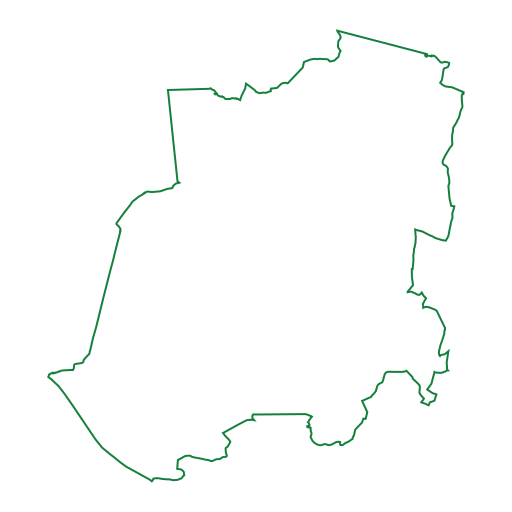 Manatí, Atlántico, Colombia
{"feature_id": "7082276B98170860675351", "entity_name": "Manatí", "entity_type": "district", "adm_level": 2, "iso_a3": "COL", "parent_name": "Colombia", "parent_adm1": "Atlántico", "projection": "mercator", "projection_center": [-74.975, 10.456], "detail": "fine", "context": "isolated", "style": "outline", "palette": "green", "viewbox_px": 512, "rotation_deg": 0, "n_neighbors": 0, "source": "geoboundaries", "source_scale": "gbopen_adm2", "svg_char_len": 5953}
<svg xmlns="http://www.w3.org/2000/svg" viewBox="0 0 512 512"><path d="M447.3,369.6L447.1,369.6L446.7,362.1L448.4,351.2L445.2,353.9L444.0,354.5L442.8,354.6L440.6,355.2L440.0,356.0L439.4,355.2L439.0,354.1L438.9,352.5L439.3,349.5L439.8,348.1L440.3,345.6L442.2,340.3L444.2,333.9L444.4,332.4L444.3,330.9L444.9,330.2L445.0,327.9L436.7,310.8L434.5,309.4L429.3,307.4L426.1,306.8L424.6,307.2L423.2,307.8L423.2,305.9L422.8,304.1L426.0,298.3L423.4,295.5L421.8,292.5L420.2,294.3L419.2,294.8L418.6,294.9L417.2,294.5L414.8,293.1L412.9,292.5L412.3,292.0L411.6,291.7L409.4,291.8L407.7,292.2L407.8,291.5L413.0,285.2L411.9,276.8L411.8,269.2L412.5,269.3L412.8,267.6L413.5,259.7L413.3,255.4L413.9,251.8L414.1,248.5L414.6,247.5L414.9,245.2L415.3,244.0L415.5,242.9L415.8,236.4L415.5,234.7L415.2,229.5L415.9,229.9L422.2,231.4L427.2,234.0L430.2,235.5L431.7,236.0L435.8,238.2L442.1,240.1L445.8,240.7L447.4,237.9L448.5,235.6L450.3,225.7L450.7,224.6L450.6,224.1L451.3,221.2L452.4,218.3L452.5,217.4L452.3,213.4L453.2,210.8L454.3,206.3L451.2,205.8L449.5,198.3L448.4,186.0L448.5,185.4L449.3,183.1L449.3,182.0L449.1,178.6L448.6,175.9L447.9,173.4L447.7,171.8L447.9,168.5L447.1,167.1L446.1,165.9L445.3,165.4L443.8,164.8L443.4,164.4L442.6,162.9L442.6,162.2L442.8,160.6L445.2,155.6L449.3,148.8L450.5,147.0L451.9,145.5L452.3,144.3L452.3,143.3L452.1,140.8L452.1,135.5L453.0,130.4L453.2,127.6L455.5,124.1L456.9,121.7L457.4,120.3L458.6,118.4L459.7,115.0L460.3,111.9L461.2,109.4L462.2,107.7L462.4,106.1L461.9,100.8L461.7,95.8L462.3,94.0L462.0,93.6L462.6,93.9L462.7,93.4L463.4,93.8L463.7,92.2L451.8,87.2L446.3,86.6L444.7,86.1L442.2,84.6L440.2,82.8L441.8,80.2L442.1,79.3L443.7,69.0L444.3,68.4L446.5,67.6L447.9,66.9L448.7,65.4L449.2,63.1L448.5,62.6L445.9,61.9L445.0,61.8L442.2,62.6L441.2,62.5L440.0,61.7L435.8,57.0L434.4,55.9L432.5,55.6L432.5,55.8L431.7,55.6L431.5,56.4L430.0,55.9L426.8,55.7L426.6,56.6L425.9,56.5L425.9,56.0L425.4,55.9L425.3,55.5L425.8,55.5L425.9,54.8L426.9,54.9L427.0,54.1L337.3,30.7L337.6,31.7L339.8,34.7L340.5,36.5L340.6,37.3L340.4,38.2L340.1,38.9L338.5,40.9L338.3,41.6L338.0,45.9L338.0,46.8L338.4,47.8L340.0,50.2L340.6,50.8L339.6,52.7L338.4,56.9L334.6,60.3L333.7,60.7L331.0,61.3L329.6,61.4L328.6,60.0L327.7,59.4L326.6,59.1L323.4,59.1L320.0,58.8L316.9,59.2L316.1,58.9L314.2,58.9L310.9,59.4L304.0,62.0L302.7,67.6L287.7,83.3L286.0,82.9L284.2,82.9L282.8,83.2L281.4,83.7L277.8,87.2L276.7,88.0L270.9,88.6L270.7,90.3L270.9,91.0L266.0,92.8L263.2,92.6L259.4,93.2L255.9,91.8L255.6,91.1L254.7,90.1L249.5,86.1L246.0,83.7L245.2,88.4L241.7,95.5L240.1,100.1L237.4,98.7L236.7,99.0L235.8,98.2L234.7,98.5L233.7,98.3L232.0,98.2L229.7,99.0L228.8,98.9L227.4,99.1L225.6,99.0L225.0,98.6L223.5,97.1L222.5,96.6L222.5,96.9L220.2,96.5L218.3,95.7L217.4,94.9L216.9,94.0L217.0,93.7L216.4,93.2L215.2,94.3L214.7,93.8L216.1,92.8L214.2,90.4L212.1,89.6L211.7,89.1L210.7,88.3L210.3,88.6L209.2,88.8L167.9,90.0L168.1,91.6L177.5,181.3L179.3,182.7L175.9,183.6L173.4,185.6L173.0,186.3L172.6,187.7L172.0,188.2L167.6,188.8L160.2,191.3L153.8,191.9L151.4,192.0L148.1,191.6L146.6,191.8L143.8,193.7L143.8,193.3L141.9,194.9L138.8,196.6L132.5,201.6L130.1,205.1L123.6,213.4L117.0,222.5L116.6,223.1L116.4,223.7L116.5,224.2L118.7,226.3L120.4,228.8L120.4,230.0L120.1,231.1L120.4,231.2L115.3,251.1L112.8,261.4L110.6,269.4L103.6,296.8L96.4,326.2L93.0,338.1L90.4,349.6L89.6,352.0L89.6,353.1L89.3,353.8L89.0,354.3L86.9,356.3L84.1,359.4L83.6,360.5L83.4,361.7L82.5,362.7L81.4,363.1L75.8,363.9L74.6,364.3L74.0,365.3L73.9,368.0L73.0,370.0L70.4,370.0L62.1,370.5L59.4,371.3L59.1,371.4L59.2,371.6L54.8,373.0L54.8,372.8L53.0,373.4L52.8,372.7L50.7,373.5L49.9,374.3L49.3,374.3L48.3,377.0L51.8,379.6L51.7,379.7L58.5,386.0L65.1,394.6L73.8,407.2L95.5,439.4L102.2,447.7L109.7,453.9L114.9,457.9L120.0,462.1L126.1,466.6L149.7,479.6L151.8,481.3L153.1,479.6L153.4,478.6L155.5,478.3L158.2,478.2L162.7,479.0L168.0,479.4L169.7,479.3L171.5,479.9L173.8,480.2L177.2,479.9L178.0,479.7L179.9,478.8L181.0,478.6L181.9,477.8L183.4,475.8L184.2,475.4L183.9,472.6L183.8,472.1L183.2,471.2L182.5,470.5L181.0,469.4L177.2,468.9L177.9,460.0L180.5,458.7L183.5,456.9L185.3,456.0L188.6,455.6L190.4,455.8L191.7,456.7L194.1,457.4L201.9,458.8L205.6,459.7L208.0,460.0L210.1,460.7L211.5,461.1L213.3,460.7L215.1,459.7L216.5,459.2L219.5,459.1L220.9,458.4L222.1,457.5L223.6,456.9L225.6,456.9L226.1,456.7L226.7,456.1L226.8,455.4L225.9,452.8L225.6,449.0L225.6,448.3L226.0,447.7L227.4,446.8L228.0,446.2L229.1,444.1L229.9,442.8L230.3,441.7L228.9,439.6L225.6,436.3L223.0,433.0L238.6,424.4L245.7,420.7L247.2,420.1L250.1,419.8L251.9,419.8L254.1,420.2L253.0,418.9L252.5,418.0L252.3,417.4L252.4,415.8L253.2,414.4L254.9,414.5L305.1,414.1L305.9,414.2L308.1,414.9L311.9,416.6L310.1,418.9L308.0,422.2L308.9,423.2L309.5,424.7L309.5,425.1L309.2,425.5L307.3,426.1L307.1,426.4L307.4,427.0L308.2,427.4L310.2,427.4L310.7,427.8L310.6,430.5L311.4,432.8L311.5,433.8L311.2,435.0L310.7,436.2L310.7,437.3L312.3,440.5L314.1,442.6L316.8,444.3L319.4,445.2L321.5,445.1L323.0,444.5L325.2,444.1L326.0,444.2L327.5,444.9L329.2,445.2L331.7,444.5L336.1,442.1L338.4,441.7L340.1,442.0L340.1,444.0L340.3,444.8L340.6,445.0L341.5,445.2L342.9,444.9L343.4,444.6L344.9,443.3L348.9,441.4L351.0,439.9L352.5,439.0L352.8,437.1L353.9,435.6L355.2,429.9L356.0,428.8L361.9,422.7L363.4,418.6L365.6,418.9L367.3,412.2L362.1,400.9L371.1,396.9L372.1,395.3L373.8,393.8L375.9,391.0L377.1,386.6L377.6,385.4L378.5,384.4L379.6,383.6L381.9,382.5L382.5,381.9L383.2,379.9L383.7,377.7L384.2,376.3L384.7,374.2L385.4,373.2L386.1,372.5L387.7,371.8L402.6,371.9L404.8,371.5L406.5,370.8L410.7,375.3L412.2,376.7L412.5,377.3L412.6,378.3L412.7,378.6L417.4,383.0L419.5,385.3L419.8,386.4L419.9,387.4L419.4,392.4L419.7,393.3L420.7,395.0L423.9,398.6L422.7,400.5L421.5,401.9L421.3,402.4L425.2,403.7L428.6,405.3L429.8,402.4L434.4,400.7L436.4,394.4L432.5,393.1L427.2,389.5L431.4,383.8L434.5,372.0L435.0,372.4L435.5,372.5L440.3,372.9L441.9,372.7L445.2,371.5L447.1,370.4L447.8,370.4L447.3,369.9L447.3,369.6Z" fill="none" stroke="#15803d" stroke-width="2"/></svg>